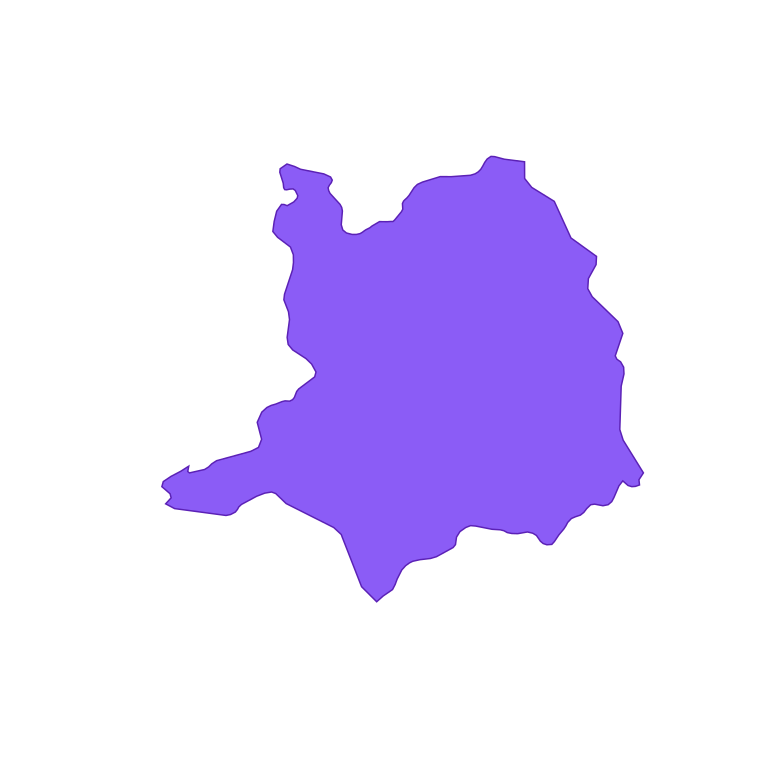 Ardennes, Albers equal-area conic projection, rotated 233°
{"feature_id": "FRA-5268", "entity_name": "Ardennes", "entity_type": "Metropolitan department", "adm_level": 1, "iso_a3": "FRA", "parent_name": "France", "parent_adm1": "", "projection": "albers", "projection_center": [4.734, 49.698], "detail": "fine", "context": "isolated", "style": "filled", "palette": "violet", "viewbox_px": 768, "rotation_deg": 233, "n_neighbors": 0, "source": "natural_earth", "source_scale": "10m", "svg_char_len": 2691}
<svg xmlns="http://www.w3.org/2000/svg" viewBox="0 0 768 768"><g transform="rotate(233 384 384)"><path d="M419.7,137.5L421.2,145.5L425.1,147.1L435.7,144.8L438.9,149.0L438.4,158.3L436.6,169.3L435.9,178.6L432.2,174.6L430.1,175.1L423.7,189.3L423.3,194.1L423.9,198.5L423.5,204.2L410.4,237.1L408.9,245.6L413.5,253.0L429.7,259.7L435.1,269.5L435.7,276.4L434.8,281.0L433.1,285.5L431.3,292.0L430.1,294.8L427.1,298.3L426.5,301.6L427.2,304.3L430.6,309.8L431.4,313.0L431.4,332.9L434.5,336.9L443.5,338.2L451.2,337.0L466.1,331.6L472.4,331.3L473.3,331.3L479.5,334.7L492.3,347.3L499.2,351.2L511.5,354.7L515.6,358.6L530.3,379.8L535.5,384.8L541.8,389.4L549.7,391.7L565.2,387.3L572.7,387.0L579.9,394.1L586.6,402.3L589.1,410.2L587.5,412.2L584.7,414.0L583.7,421.5L584.6,426.4L586.3,428.5L592.0,429.6L594.5,428.8L596.3,426.1L597.7,423.1L599.0,421.7L601.1,422.0L605.1,424.4L615.8,428.2L618.4,430.6L618.1,438.9L611.5,443.5L605.7,446.6L588.0,462.4L581.5,465.9L578.0,465.4L576.5,463.1L575.7,460.2L574.4,457.5L571.7,456.2L568.7,455.6L553.9,457.0L550.5,456.5L547.2,454.9L536.9,445.7L531.8,443.8L527.2,444.9L522.7,448.5L520.1,451.9L518.5,455.4L518.2,458.0L518.2,460.2L518.1,462.3L517.3,466.7L517.4,469.4L516.4,478.1L511.7,484.2L509.6,487.4L508.4,488.9L508.4,489.8L508.6,491.3L511.1,501.6L512.3,504.2L517.0,507.3L518.3,509.7L518.6,511.7L518.8,514.1L519.5,517.4L522.7,526.2L523.3,530.8L522.1,536.3L515.8,553.7L509.1,562.5L498.7,578.6L497.0,583.3L496.7,586.9L497.2,590.4L498.6,594.0L500.4,597.9L501.6,601.8L501.4,606.4L499.0,609.2L491.1,615.4L476.9,630.0L463.5,620.0L452.1,620.3L427.4,629.9L388.1,621.2L358.0,630.5L351.7,625.2L345.2,610.7L337.5,604.1L328.4,602.8L292.9,608.4L280.7,605.2L267.3,585.6L263.6,584.9L259.3,586.3L253.2,585.5L247.6,581.7L239.5,572.1L205.7,544.9L195.2,541.2L156.9,537.7L154.1,530.0L149.6,527.3L150.9,523.2L152.9,520.1L156.1,517.8L162.9,516.4L161.3,510.4L154.9,499.2L153.0,495.1L152.7,490.4L155.0,485.6L161.3,479.9L163.2,476.4L162.5,470.9L161.2,466.3L161.1,461.9L162.8,456.9L163.8,452.7L162.9,447.4L161.2,443.8L159.9,440.1L158.3,433.0L155.6,425.2L154.9,421.5L157.6,417.3L160.8,415.1L164.3,414.3L171.3,414.6L175.3,413.0L179.5,409.5L184.0,400.7L187.7,396.1L191.2,393.0L194.6,391.5L197.6,389.1L203.0,382.8L215.4,371.7L218.8,367.9L220.2,362.9L220.4,355.8L218.1,349.8L212.7,344.4L211.8,340.8L214.5,322.0L216.7,316.1L222.1,306.9L225.1,300.3L225.8,296.8L225.9,292.0L224.8,286.3L220.3,277.1L217.2,272.3L214.7,267.1L215.2,255.8L214.5,247.1L235.6,244.1L286.9,258.5L289.5,259.3L299.6,257.5L347.4,233.9L361.7,231.6L365.4,229.2L368.6,223.1L371.0,214.7L373.6,197.7L373.2,194.0L372.0,191.4L371.2,188.2L372.1,182.9L374.1,178.7L410.5,141.8L419.7,137.5Z" fill="#8b5cf6" stroke="#5b21b6" stroke-width="1.5"/></g></svg>